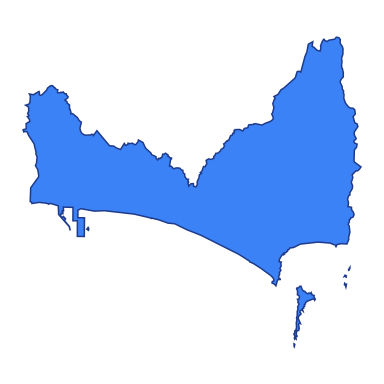 Mueang Rayong, Rayong, Thailand (Robinson projection)
{"feature_id": "78962969B69039752575534", "entity_name": "Mueang Rayong", "entity_type": "district", "adm_level": 2, "iso_a3": "THA", "parent_name": "Thailand", "parent_adm1": "Rayong", "projection": "robinson", "projection_center": [101.334, 12.691], "detail": "fine", "context": "isolated", "style": "filled", "palette": "blue", "viewbox_px": 384, "rotation_deg": 0, "n_neighbors": 0, "source": "geoboundaries", "source_scale": "gbopen_adm2", "svg_char_len": 5938}
<svg xmlns="http://www.w3.org/2000/svg" viewBox="0 0 384 384"><path d="M31.9,203.5L39.1,202.4L46.5,203.2L48.8,204.2L49.3,203.5L51.1,203.6L58.3,205.8L58.6,214.5L69.2,226.6L70.2,230.5L69.4,226.5L64.4,220.5L65.6,218.9L63.4,216.4L62.1,217.7L60.6,216.1L61.0,213.7L62.9,213.7L62.9,212.1L62.2,211.8L62.2,210.7L63.6,210.7L63.3,207.1L73.0,207.4L72.9,220.8L77.4,220.8L77.3,236.4L84.3,236.5L84.5,217.8L77.9,217.7L77.9,210.3L80.9,208.7L94.2,211.1L104.4,210.7L134.2,214.1L150.4,217.9L151.1,218.5L151.6,218.1L158.7,219.8L167.9,223.1L174.8,223.8L186.8,229.7L201.0,235.3L238.8,254.3L249.3,261.0L249.7,261.9L253.2,263.4L260.7,268.2L270.9,275.6L273.1,278.0L273.9,279.6L273.7,281.2L272.3,281.4L272.0,283.0L274.5,284.2L275.9,285.8L277.5,280.3L278.0,279.7L280.2,279.5L280.0,278.7L278.7,277.8L278.7,276.2L279.7,274.1L279.4,272.5L280.9,270.3L279.9,268.3L281.2,266.0L280.8,263.6L281.3,262.1L279.1,261.7L279.4,259.4L282.1,254.7L283.0,254.9L283.4,253.8L283.8,254.6L284.7,253.9L284.3,253.0L286.1,252.4L287.7,250.9L287.4,250.2L289.3,249.1L289.8,248.0L293.6,247.5L300.4,244.1L318.1,242.1L330.1,243.1L335.7,245.3L335.9,247.3L336.8,244.8L337.8,244.3L341.4,243.7L346.9,244.0L348.8,239.4L348.6,237.4L349.9,232.3L349.2,225.9L348.3,224.7L348.4,223.5L349.1,222.6L349.4,219.8L350.4,219.2L350.6,218.0L352.9,217.2L354.1,214.7L353.3,212.2L351.6,209.8L351.5,207.3L348.0,206.6L348.5,202.9L347.6,199.0L348.7,195.6L350.0,194.9L349.8,192.9L352.3,188.6L352.6,185.7L351.3,182.5L352.8,177.6L352.2,174.7L355.9,170.9L357.6,170.8L359.2,169.5L361.0,166.9L354.6,162.2L354.0,160.9L354.4,149.9L356.5,147.4L357.1,144.1L354.6,143.0L354.0,142.1L354.1,140.5L355.8,139.4L356.1,138.3L354.3,135.0L354.3,132.0L357.9,126.6L357.1,123.9L354.8,122.8L353.1,116.6L355.3,114.0L354.8,109.9L353.2,108.3L350.4,108.0L348.5,107.0L345.5,103.1L343.8,98.3L344.0,94.4L343.4,93.0L343.6,90.9L342.4,89.3L342.1,86.4L340.2,82.4L340.3,81.0L341.3,79.1L343.3,76.9L343.3,72.5L342.3,68.2L341.7,67.9L341.6,64.6L342.0,61.6L341.6,58.2L342.9,54.2L343.0,48.6L342.2,46.3L340.1,43.2L340.3,39.5L338.8,37.6L336.3,37.2L334.8,39.1L328.9,40.2L327.1,41.5L324.8,40.5L324.3,39.4L323.6,39.3L322.1,41.8L320.6,45.8L320.9,48.0L320.1,51.1L317.0,50.3L313.8,47.1L312.1,46.4L312.8,41.7L308.3,44.2L306.9,51.8L304.9,56.7L300.8,72.1L298.8,71.2L297.2,71.6L295.2,77.9L284.1,87.8L280.9,89.9L277.9,94.5L273.9,96.5L275.2,98.5L274.1,99.8L272.8,103.7L273.9,107.6L272.6,112.8L271.7,114.0L273.2,117.4L272.9,119.5L270.5,121.3L264.6,123.6L262.1,125.1L255.6,123.7L253.7,123.9L252.8,124.6L249.0,124.7L248.4,125.4L247.9,127.7L244.4,128.4L242.7,131.0L239.8,129.5L235.1,129.6L234.1,130.6L234.5,131.6L234.0,131.8L233.9,133.4L232.8,133.3L232.0,135.4L230.6,135.6L228.8,140.2L227.9,140.3L227.3,141.2L226.5,141.1L224.8,143.3L223.7,143.9L224.4,146.1L223.4,148.0L221.2,149.3L220.1,151.2L217.9,153.2L215.8,153.3L214.9,155.4L213.7,156.5L213.8,158.3L211.0,159.5L208.6,158.9L206.1,160.4L206.8,163.5L205.1,166.7L203.5,166.5L202.0,170.9L200.3,172.7L201.4,173.4L199.3,175.0L198.9,178.1L197.4,181.0L197.1,182.9L197.5,184.1L195.9,186.9L193.6,186.3L193.4,183.6L191.0,183.7L188.7,186.1L188.0,182.9L188.7,182.1L187.9,181.1L188.5,179.3L186.7,179.2L184.8,176.4L184.7,174.0L183.5,173.2L182.8,171.6L182.9,170.3L181.7,170.1L179.7,168.1L176.6,167.9L173.3,168.7L172.1,167.1L170.3,165.8L169.5,166.0L170.7,159.1L171.4,159.0L171.6,158.1L169.4,157.6L169.1,156.7L167.9,156.3L168.2,155.2L167.4,154.5L165.5,153.2L164.2,154.1L162.8,154.1L161.7,157.7L160.3,157.9L159.8,158.8L158.6,158.3L157.6,159.9L156.1,158.3L156.0,156.7L151.6,154.7L150.9,153.0L145.5,148.1L143.0,142.5L139.0,140.3L138.4,140.0L138.0,141.8L135.8,144.5L134.9,144.7L132.3,143.2L130.1,143.6L128.0,143.2L127.8,144.7L125.5,145.3L124.3,143.4L120.5,149.5L116.2,147.9L113.8,146.1L109.5,145.7L96.9,130.7L93.5,135.4L93.4,134.6L91.4,134.3L90.7,135.0L84.7,135.1L81.9,133.4L80.6,131.1L79.9,128.3L81.4,122.2L79.3,120.7L77.4,117.6L73.4,114.2L72.0,113.5L70.8,113.8L70.9,112.1L70.0,109.1L69.5,109.1L69.5,104.8L67.1,103.2L67.0,101.7L64.9,100.2L67.7,97.9L68.1,96.7L66.7,95.3L66.3,93.8L64.8,93.8L63.1,91.9L61.8,92.6L60.5,92.2L59.9,92.8L57.7,92.8L57.4,91.7L57.9,89.9L55.2,88.7L54.9,87.6L54.0,87.4L52.7,85.7L50.6,85.7L47.7,87.9L46.5,90.2L42.1,94.7L40.7,95.4L39.4,94.8L39.4,92.2L39.0,91.4L33.4,94.7L29.4,94.0L30.4,95.9L29.9,102.4L28.8,104.2L25.6,105.2L28.0,106.6L28.6,107.8L28.7,111.2L27.6,113.6L29.0,115.5L28.6,116.2L27.3,116.5L29.4,119.4L29.8,121.4L26.1,123.6L26.2,128.1L25.8,129.1L23.2,129.6L23.0,130.1L23.6,130.7L23.7,131.9L25.5,131.5L27.1,131.9L28.7,135.5L34.0,143.7L36.0,152.1L35.9,154.1L37.1,156.8L36.5,163.1L35.4,165.6L37.7,169.5L38.7,175.5L38.6,176.9L30.7,187.8L30.2,201.6L31.6,202.2L31.9,203.5ZM301.0,286.2L299.9,286.2L298.2,288.1L297.1,287.8L296.6,288.6L297.6,291.3L297.4,294.8L298.9,295.6L299.5,297.8L299.2,298.8L297.4,299.3L298.3,301.0L297.8,302.2L298.8,303.7L298.8,304.6L297.6,306.9L298.0,308.8L297.2,311.6L297.2,315.6L296.5,318.1L296.9,319.9L296.3,322.6L296.5,327.5L295.8,330.3L294.7,330.9L294.7,333.1L293.8,334.0L295.0,336.4L294.3,338.1L294.7,339.1L295.3,338.3L296.1,339.0L295.9,337.1L296.5,336.1L297.7,336.5L296.3,335.3L296.5,331.9L297.3,330.7L298.7,330.4L299.2,328.5L298.6,324.1L299.6,323.1L300.4,323.5L298.1,318.1L299.3,315.3L300.8,314.5L301.0,313.4L299.8,312.2L300.1,310.9L301.8,309.9L303.0,311.1L302.4,308.9L302.9,308.1L303.7,308.1L303.8,306.6L304.7,306.1L304.3,304.7L305.5,303.9L305.5,302.7L306.9,301.4L313.3,298.9L314.0,299.0L314.6,300.3L315.3,299.2L313.9,296.7L314.2,295.5L312.1,294.8L311.2,292.6L310.7,293.6L309.0,292.9L308.1,293.6L306.6,293.4L304.8,291.2L303.9,291.4L302.2,289.7L301.0,286.2ZM345.5,284.2L344.7,283.3L344.4,284.7L345.3,285.3L345.9,287.1L346.5,284.2L345.5,284.2ZM88.5,230.3L88.8,229.1L88.2,227.8L88.6,226.8L86.8,229.2L88.5,230.3ZM294.0,343.8L294.1,346.5L294.3,346.8L294.8,344.3L294.0,343.8ZM344.9,275.2L344.3,276.4L345.1,276.0L346.4,277.7L346.2,276.6L345.3,275.8L345.8,275.5L344.9,275.2ZM349.1,270.1L349.9,268.1L349.9,267.4L348.5,269.8L348.6,270.3L349.1,270.1Z" fill="#3b82f6" stroke="#1e3a8a" stroke-width="1.5"/></svg>